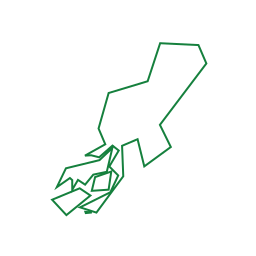 outline of Hồ Chí Minh city, rotated 71°
{"feature_id": "VNM-501", "entity_name": "Hồ Chí Minh city", "entity_type": "City", "adm_level": 1, "iso_a3": "VNM", "parent_name": "Vietnam", "parent_adm1": "", "projection": "natural_earth1", "projection_center": [106.809, 10.754], "detail": "coarse", "context": "isolated", "style": "outline", "palette": "green", "viewbox_px": 256, "rotation_deg": 71, "n_neighbors": 0, "source": "natural_earth", "source_scale": "10m", "svg_char_len": 758}
<svg xmlns="http://www.w3.org/2000/svg" viewBox="0 0 256 256"><g transform="rotate(71 128 128)"><path d="M172.1,148.2L197.7,185.4L187.4,199.2L183.0,165.6L169.7,152.7L158.3,158.2L146.3,144.1L139.6,148.4L146.3,164.8L141.8,171.7L140.1,177.7L136.0,154.8L118.9,156.0L88.6,134.9L90.2,94.2L58.3,70.0L72.5,34.4L92.5,32.9L135.4,96.8L159.9,93.7L169.6,125.1L141.7,122.6L142.9,139.4L172.1,148.2ZM168.2,200.8L159.1,197.7L156.4,199.2L160.8,214.6L145.9,199.8L149.1,165.4L141.8,149.3L162.5,162.3L160.8,176.0L167.6,187.0L160.8,192.2L168.2,200.8ZM179.6,185.5L190.3,214.6L171.1,223.1L169.3,193.3L179.6,185.5ZM175.6,182.7L163.7,175.1L163.7,158.0L180.0,166.4L175.6,182.7ZM196.1,189.7L194.7,195.6L193.4,195.6L196.1,189.7Z" fill="none" stroke="#15803d" stroke-width="2"/></g></svg>